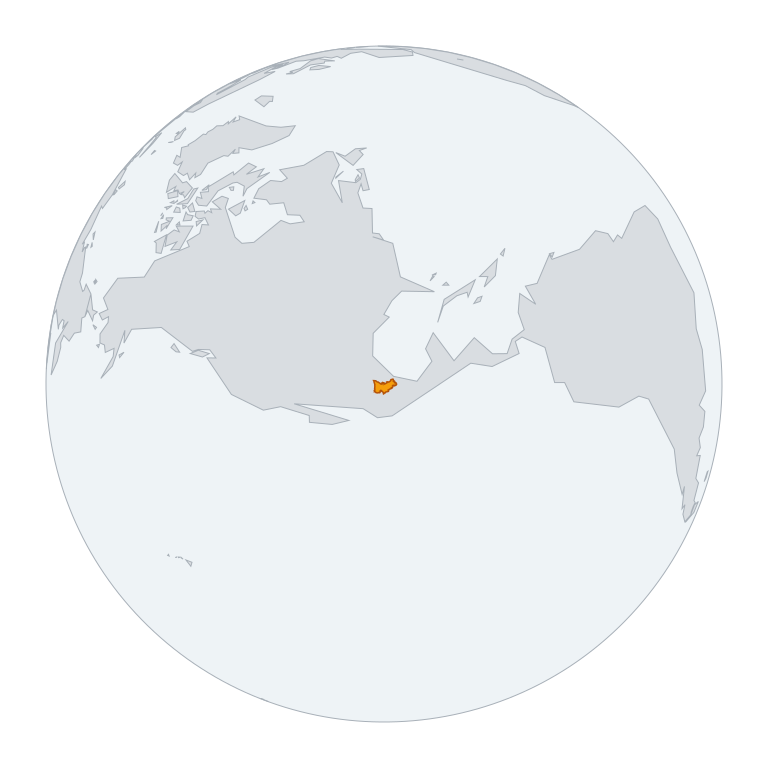 San Luis Potosí highlighted on a globe, orthographic projection, rotated 310°
{"feature_id": "MEX-2715", "entity_name": "San Luis Potosí", "entity_type": "State", "adm_level": 1, "iso_a3": "MEX", "parent_name": "Mexico", "parent_adm1": "", "projection": "orthographic", "projection_center": [-100.079, 22.87], "detail": "fine", "context": "on_globe", "style": "filled", "palette": "amber", "viewbox_px": 768, "rotation_deg": 310, "n_neighbors": 0, "source": "natural_earth", "source_scale": "10m", "svg_char_len": 12827}
<svg xmlns="http://www.w3.org/2000/svg" viewBox="0 0 768 768"><g transform="rotate(310 384 384)"><circle cx="384" cy="384" r="338" fill="#eef3f6" stroke="#a8b0b8"/><path d="M64.3,492.3L65.1,494.7L64.3,492.3ZM508.7,459.5L501.0,457.2L494.2,467.9L466.9,455.6L455.7,437.1L364.8,410.7L354.0,400.7L351.7,383.9L311.1,327.9L333.5,380.5L319.7,370.3L306.7,351.5L311.8,347.0L300.2,319.4L286.4,308.4L277.9,273.8L290.2,231.6L295.9,238.5L298.2,228.5L291.1,219.5L285.9,216.3L284.2,177.1L263.7,155.5L248.2,158.5L258.6,151.0L223.1,164.4L206.2,163.5L230.9,158.9L237.8,154.3L229.0,150.2L234.2,144.8L232.9,140.0L239.8,134.3L253.7,133.1L258.5,129.7L252.0,127.1L254.9,120.5L263.6,124.6L269.6,113.8L293.9,112.1L311.8,131.6L330.9,129.2L364.1,146.5L366.7,141.3L380.9,146.0L389.2,142.1L393.0,147.3L396.3,139.9L391.2,135.9L391.0,131.5L395.4,129.2L401.0,135.1L399.7,137.1L403.6,137.7L404.5,141.9L406.6,138.5L412.9,146.6L413.2,135.4L423.7,139.2L426.1,145.5L417.2,149.0L400.7,175.5L400.4,184.7L408.9,193.3L443.1,199.9L446.3,209.1L457.0,218.6L459.2,211.1L451.6,201.2L458.4,190.7L448.3,180.9L449.6,175.6L442.7,164.9L453.1,162.5L467.0,166.3L473.2,175.4L479.5,177.7L481.1,166.4L500.0,182.0L525.2,190.6L529.1,195.7L523.0,208.9L503.9,214.6L496.0,235.6L510.6,218.4L520.1,233.0L525.6,234.3L530.6,232.0L530.8,225.3L536.0,230.0L523.5,247.7L518.6,243.7L522.6,237.8L513.6,241.1L505.3,254.8L510.7,262.0L492.3,278.1L496.0,283.8L494.0,291.1L489.5,280.7L497.4,300.3L476.6,327.7L487.1,363.3L466.5,337.8L452.9,336.5L437.2,339.2L438.6,345.0L415.9,343.1L398.2,357.3L396.0,386.4L407.3,407.5L432.2,406.1L437.7,393.2L454.9,388.7L446.8,422.7L477.5,423.4L476.9,447.7L486.4,458.8L500.7,453.3L515.8,456.5L525.1,440.8L540.6,429.8L542.6,449.0L549.8,429.4L559.5,436.6L589.3,427.5L587.5,432.6L612.9,447.2L637.4,447.5L643.1,458.8L640.5,468.3L648.3,467.1L648.4,472.5L676.6,465.0L688.5,469.2L686.4,487.6L673.0,515.6L653.1,562.8L627.0,587.7L615.0,605.6L585.5,634.8L570.4,639.1L569.3,647.4L556.4,656.3L545.1,660.1L538.6,667.2L530.0,669.7L532.5,672.2L512.1,683.6L510.4,688.5L494.0,696.3L493.2,698.6L489.3,699.5L483.6,701.5L480.9,703.1L471.8,703.0L476.4,696.7L485.0,692.1L480.0,692.5L498.7,680.0L491.0,683.4L504.1,665.7L520.7,648.2L542.6,596.4L538.5,587.0L517.3,578.8L492.4,540.9L501.2,521.5L494.8,513.8L515.5,483.8L508.7,459.5ZM120.2,353.2L121.9,345.4L124.0,351.5L120.2,353.2ZM120.8,340.0L120.7,342.7L120.4,340.3L120.8,340.0ZM119.3,337.7L120.4,339.3L118.9,338.2L119.3,337.7ZM116.9,335.6L118.3,336.4L118.0,336.6L116.9,335.6ZM487.5,375.7L522.5,386.9L504.7,392.5L507.7,388.7L498.4,383.1L481.8,379.3L465.7,385.5L487.5,375.7ZM114.1,330.0L113.6,328.4L115.0,328.4L114.1,330.0ZM498.5,353.4L492.6,353.0L498.1,351.9L498.5,353.4ZM282.8,216.0L290.5,220.1L295.0,230.6L288.0,227.6L282.8,216.0ZM275.0,197.4L280.0,197.2L277.0,207.0L275.0,204.0L275.0,197.4ZM235.9,162.4L241.2,164.4L234.3,164.5L235.9,162.4ZM231.5,140.5L228.4,141.8L229.0,138.9L231.5,140.5ZM437.5,167.1L440.1,166.0L440.0,168.5L437.5,167.1ZM432.1,163.6L430.2,167.3L427.3,166.3L428.5,164.0L432.1,163.6ZM240.2,127.6L242.3,122.9L242.6,127.4L240.2,127.6ZM435.1,159.4L422.5,164.1L417.5,162.3L418.0,152.5L435.1,159.4ZM245.1,120.1L249.9,109.8L243.3,111.6L264.6,101.6L253.5,113.1L254.9,118.1L250.1,117.3L245.1,120.1ZM387.7,135.7L393.3,139.8L384.6,138.8L387.7,135.7ZM382.2,136.2L355.7,141.0L349.6,134.5L359.7,133.9L348.6,127.8L358.7,122.2L367.1,124.2L369.0,129.4L371.4,123.4L382.2,136.2ZM275.6,98.3L278.8,96.0L278.1,98.3L275.6,98.3ZM390.2,129.7L385.4,131.0L379.8,125.3L388.5,121.8L387.5,124.7L390.2,129.7ZM340.8,129.3L338.1,124.9L345.6,118.9L345.6,116.5L358.4,121.5L340.8,129.3ZM391.0,124.8L393.0,120.2L399.6,120.9L394.6,128.2L391.0,124.8ZM374.7,125.4L372.5,122.6L376.6,123.0L374.7,125.4ZM424.3,122.0L418.7,123.0L415.3,120.0L424.3,122.0ZM393.3,118.5L391.0,118.3L389.0,117.4L391.6,114.8L393.3,118.5ZM362.8,117.3L366.4,116.0L357.9,114.9L363.1,110.9L370.8,115.1L369.7,111.6L371.3,110.5L375.7,115.4L362.8,117.3ZM388.4,109.6L399.9,114.5L411.1,112.9L414.4,115.4L395.8,117.5L388.4,109.6ZM380.5,112.4L386.1,111.1L387.4,114.5L384.4,117.6L380.5,112.4ZM363.9,106.8L353.9,111.8L352.6,110.8L363.9,106.8ZM391.4,108.3L388.5,107.3L392.0,107.8L391.4,108.3ZM372.1,106.4L368.7,108.1L367.3,106.9L372.1,106.4ZM385.6,103.8L389.3,105.3L387.4,107.2L385.6,103.8ZM379.2,104.4L378.1,102.3L384.5,107.1L378.0,105.4L379.2,104.4ZM371.3,104.9L369.3,104.8L372.9,104.4L371.3,104.9ZM390.9,96.0L399.4,101.6L395.1,105.7L387.4,99.6L390.9,96.0ZM484.9,703.9L471.6,703.8L480.0,703.5L491.0,699.5L496.1,700.3L484.9,703.9ZM515.0,692.0L524.7,688.0L525.5,688.2L519.0,691.1L515.0,692.0ZM601.6,125.4L600.7,124.9L608.0,131.0L608.5,131.5L615.4,137.8L612.5,135.8L624.3,149.5L652.4,183.5L656.6,192.5L654.3,195.0L631.0,170.4L624.2,153.3L615.9,145.9L606.1,141.9L604.8,137.5L600.0,134.3L596.3,128.4L580.2,114.9L574.8,109.2L557.9,99.8L552.8,96.0L564.3,102.4L569.4,104.4L554.7,92.9L548.7,89.4L538.9,84.5L536.1,82.6L528.5,79.5L514.8,72.8L525.1,79.0L513.8,75.1L499.8,69.5L497.9,69.7L520.7,79.0L528.1,82.0L531.6,82.5L553.4,93.5L560.8,98.6L544.9,92.5L553.5,99.7L537.3,93.1L485.7,69.6L469.6,63.1L465.3,57.2L475.1,59.6L481.6,62.5L485.4,62.1L480.4,60.9L478.1,59.9L466.7,57.1L464.5,56.3L457.4,55.6L453.4,54.3L458.0,54.8L437.8,51.1L426.7,49.1L423.2,48.8L422.6,49.0L408.9,47.1L407.0,47.0L410.7,47.5L409.1,48.0L401.1,48.5L396.8,47.7L399.1,47.4L397.5,46.5L402.4,46.6L426.5,48.8L450.4,52.7L474.0,58.3L497.1,65.6L519.6,74.5L541.4,85.0L562.4,97.0L582.5,110.5L601.6,125.4ZM398.2,46.4L394.9,46.3L396.8,47.3L393.1,47.9L390.8,47.0L391.4,47.3L388.2,47.5L381.1,47.2L383.0,48.3L354.2,54.3L337.5,55.5L338.7,53.3L314.0,60.1L297.1,63.0L300.6,63.1L291.1,67.9L296.3,66.9L297.2,67.4L275.2,81.7L266.8,85.3L261.2,93.6L263.0,94.0L269.0,91.7L264.6,101.6L243.3,111.6L240.3,110.1L229.0,118.2L223.9,114.1L214.4,115.2L215.4,107.4L207.8,109.8L204.3,112.8L191.3,119.1L176.9,123.2L204.3,106.1L228.9,101.9L220.3,101.9L226.9,98.2L226.7,96.2L220.2,97.1L216.5,99.4L230.1,85.6L223.8,86.5L212.8,93.1L202.2,99.4L195.0,103.9L215.2,91.2L236.3,80.1L258.1,70.4L280.6,62.3L303.5,55.8L326.9,50.9L350.5,47.7L374.3,46.2L398.2,46.4ZM720.7,355.3L719.4,350.5L708.0,321.5L703.4,300.4L695.3,282.6L657.5,194.3L657.6,189.9L638.9,162.1L653.8,180.5L667.4,199.9L679.6,220.2L690.3,241.4L699.6,263.2L707.3,285.6L713.4,308.5L717.9,331.7L720.7,355.3ZM679.9,231.0L683.2,236.6L679.9,231.0ZM590.2,427.0L594.0,429.6L589.4,431.2L590.2,427.0ZM503.4,401.1L510.2,400.3L514.2,402.7L509.1,404.6L503.4,401.1ZM558.4,389.6L565.7,389.4L558.6,393.0L558.4,389.6ZM527.7,388.1L552.6,390.4L538.6,399.7L522.7,398.4L533.0,394.5L527.7,388.1ZM497.5,365.5L502.0,366.2L501.4,370.1L497.5,365.5ZM502.5,352.7L500.9,353.3L498.2,350.7L502.5,352.7ZM520.8,231.9L522.0,230.6L527.6,229.6L526.0,232.9L520.8,231.9ZM545.8,210.9L553.7,219.0L547.0,215.0L546.4,220.5L531.6,219.8L530.3,198.3L533.5,207.8L545.8,210.9ZM511.5,214.1L521.0,216.1L510.7,214.8L511.5,214.1ZM577.0,125.3L579.4,124.5L586.1,129.3L592.9,139.1L583.2,132.0L577.0,125.3ZM581.2,122.6L563.5,115.2L558.5,109.7L564.3,113.9L562.8,111.0L571.7,117.0L584.3,120.0L591.1,124.6L599.9,138.6L593.3,131.1L591.4,131.9L581.2,122.6ZM527.0,114.7L519.2,113.8L518.6,102.6L525.9,104.9L533.1,114.1L528.7,116.9L527.0,114.7ZM438.5,142.2L435.6,144.2L434.0,142.3L435.2,139.1L438.5,142.2ZM422.0,122.7L449.6,132.1L447.7,134.6L466.2,138.2L468.3,146.6L456.2,143.8L471.7,153.6L461.6,154.4L472.7,160.5L445.6,153.4L437.2,155.3L445.8,149.8L444.1,141.8L440.8,139.0L425.3,132.7L406.4,133.8L401.7,127.0L403.4,121.9L407.2,120.5L409.1,125.2L412.8,120.1L418.5,125.9L422.0,122.7ZM426.0,78.3L426.6,82.1L435.1,77.0L440.8,81.1L441.4,80.2L449.0,82.9L459.3,85.0L460.6,87.2L464.0,87.1L469.1,89.2L474.3,90.0L478.4,94.6L485.0,96.1L483.2,97.5L493.6,99.0L487.7,100.0L493.7,103.5L496.2,100.7L505.9,127.8L514.4,140.0L524.8,150.0L513.3,151.6L496.3,143.7L478.4,132.3L471.8,121.0L467.8,124.3L463.5,120.0L468.4,119.2L458.2,118.1L456.0,114.5L440.0,107.1L426.6,108.8L420.5,106.5L424.6,104.2L415.5,103.7L419.1,97.9L414.8,96.4L414.0,89.6L424.4,86.7L418.8,85.3L417.9,80.7L426.0,78.3ZM391.0,94.1L402.2,88.6L410.8,88.5L408.6,100.4L412.1,102.6L411.0,111.2L398.5,111.5L400.0,108.9L398.5,106.5L403.0,107.3L398.3,104.9L400.2,101.5L397.0,98.8L401.5,97.6L391.0,94.1ZM626.4,148.9L623.9,146.2L630.5,152.9L632.4,155.0L626.4,148.9ZM617.0,139.6L623.3,145.6L621.0,143.6L617.0,139.6ZM561.4,100.1L558.1,97.6L560.0,98.4L564.4,101.0L561.4,100.1ZM452.6,67.2L451.5,68.6L449.2,68.1L440.8,69.4L436.0,67.0L439.1,65.2L452.6,67.2ZM445.9,64.7L443.0,65.4L442.4,63.8L445.9,64.7ZM432.0,65.4L430.3,63.5L434.4,66.9L432.0,65.4ZM400.4,51.0L417.4,51.2L426.4,51.1L426.5,50.0L433.7,52.2L419.8,52.3L400.4,51.0ZM360.4,53.6L360.4,55.5L355.6,55.5L354.9,55.0L360.4,53.6ZM363.8,54.2L372.9,55.4L369.8,57.1L363.2,55.7L363.8,54.2ZM410.0,58.1L415.4,58.1L415.7,59.3L410.0,58.1ZM64.7,494.7L64.5,493.9L66.5,499.7L66.0,498.3L64.7,494.7ZM65.1,494.7L63.9,492.1L64.3,492.3L65.1,494.7ZM184.9,111.0L206.1,97.2L209.0,95.9L183.4,112.3L187.2,109.4L182.6,112.6L178.3,115.9L184.9,111.0ZM275.8,95.9L278.5,96.0L274.8,97.5L275.8,95.9ZM300.3,66.8L300.9,67.9L296.5,69.1L300.3,66.8ZM300.3,71.6L304.9,69.4L301.9,72.0L300.3,71.6ZM314.7,64.9L307.5,68.7L311.9,64.7L314.7,64.9Z" fill="#d9dde1" stroke="#a8b0b8" stroke-width="1"/><path d="M380.0,374.0L380.4,374.5L380.7,375.0L380.9,375.3L381.0,375.4L381.1,375.5L381.2,375.9L381.2,376.2L381.2,376.9L381.2,377.2L381.2,377.5L381.3,377.7L381.5,378.0L381.8,378.4L381.8,378.6L381.8,378.8L381.8,379.1L381.8,379.3L381.8,379.5L381.9,380.0L382.0,380.2L382.0,380.3L381.9,380.6L381.9,380.8L382.0,381.0L382.0,381.4L382.0,381.6L382.0,381.9L382.1,382.0L382.3,382.0L382.6,382.1L382.7,381.7L383.4,381.7L383.8,381.8L384.1,381.8L384.1,382.0L384.0,382.3L383.9,382.5L384.2,382.3L384.3,382.2L384.4,382.3L384.4,382.5L384.5,382.7L384.6,382.8L384.8,383.0L384.9,383.3L384.9,383.5L384.7,383.7L384.4,383.8L384.2,383.9L384.2,384.0L384.3,384.2L384.4,384.3L384.4,384.5L384.5,384.5L384.8,384.6L385.0,384.8L385.4,384.9L386.3,385.3L386.9,385.5L387.0,385.5L387.0,385.4L387.0,385.2L386.9,385.0L386.9,384.9L387.0,384.8L387.2,385.0L387.3,385.2L387.4,385.3L387.5,385.4L387.8,385.1L388.0,385.4L388.2,385.7L388.2,385.9L388.4,386.2L388.4,386.3L388.5,386.4L388.6,386.5L388.8,386.5L389.2,386.6L389.3,386.6L389.6,386.7L390.0,386.9L390.7,387.0L390.8,387.0L391.0,386.9L391.2,386.7L391.5,386.7L391.8,386.5L392.0,386.6L392.2,386.8L392.5,387.0L393.0,387.3L393.3,387.5L393.5,387.8L393.4,387.9L393.4,388.2L393.3,388.4L393.0,388.8L392.9,389.2L392.7,389.2L392.4,389.2L392.2,389.2L392.2,389.4L392.3,389.4L392.5,389.3L392.4,389.4L392.4,389.5L392.3,389.8L392.5,390.0L392.7,389.9L392.7,390.0L392.8,390.2L392.9,390.3L392.8,390.5L392.7,390.5L392.4,390.7L392.3,390.8L392.1,390.9L391.9,391.1L392.0,391.2L392.0,391.3L391.9,391.4L391.9,391.5L392.0,391.6L392.4,391.8L392.5,391.9L392.5,392.0L392.6,392.5L392.3,392.7L392.2,392.8L392.2,393.3L392.2,393.5L392.0,393.8L391.9,393.8L391.6,393.7L391.5,393.8L391.4,393.8L391.1,393.9L391.0,394.0L390.9,394.0L390.7,393.9L390.5,393.7L390.4,393.7L390.3,393.4L390.1,393.2L390.0,393.3L389.8,393.3L389.7,393.4L389.4,393.3L389.4,392.8L389.3,392.7L389.1,392.2L389.0,391.9L388.8,391.2L388.8,391.3L388.7,391.4L388.6,391.5L388.5,391.8L388.4,391.9L388.2,391.8L388.1,392.1L387.9,392.4L387.8,392.5L387.6,392.5L387.4,392.5L387.2,392.6L386.9,392.6L386.7,392.7L386.5,392.4L386.4,392.4L386.3,392.2L386.2,392.1L385.8,392.0L385.7,392.2L385.7,392.4L385.6,392.6L385.4,392.5L385.3,392.4L385.1,392.3L384.9,392.3L384.7,392.3L384.4,392.1L384.2,391.9L384.0,391.7L383.6,391.6L383.1,391.5L383.0,391.4L382.9,391.3L382.7,391.3L382.5,391.2L382.3,391.1L382.2,391.0L381.9,391.2L381.9,391.3L381.8,391.5L381.7,391.9L381.7,392.0L381.4,392.1L381.2,392.1L380.9,392.0L380.8,391.9L380.5,391.7L379.8,391.1L379.5,390.9L379.3,390.7L379.2,390.6L378.8,390.5L378.6,390.5L378.3,390.5L378.1,390.5L377.9,390.6L377.7,390.5L377.5,390.4L377.4,390.3L377.4,390.2L377.3,389.9L377.2,389.8L376.9,389.9L376.7,390.1L376.3,390.1L376.1,390.0L377.0,388.8L377.1,388.7L377.1,387.8L377.1,387.6L377.0,387.2L376.9,387.0L376.9,386.8L376.9,386.7L377.0,386.6L377.3,386.5L377.4,386.4L377.2,385.9L377.1,385.6L376.9,385.5L376.7,385.5L376.2,385.5L375.8,385.6L375.7,385.8L375.7,386.0L375.4,386.2L375.2,386.2L375.1,386.3L374.8,386.4L374.7,386.4L374.4,386.2L374.2,385.9L374.0,385.5L373.8,385.2L373.6,385.1L373.4,385.1L372.9,384.6L372.7,384.4L372.6,384.1L372.5,383.8L372.3,383.5L372.3,383.4L372.2,383.2L372.3,382.8L372.4,382.7L372.3,382.4L372.3,382.1L372.2,382.0L372.2,381.9L372.0,381.7L372.3,381.6L372.4,381.4L372.4,381.2L372.5,380.9L372.8,380.7L372.9,380.8L372.9,381.0L373.0,381.1L373.3,381.0L373.4,380.9L373.6,380.8L373.8,380.7L374.1,380.3L374.2,380.1L374.4,379.9L374.5,379.7L374.8,379.6L375.0,379.6L375.2,379.4L375.3,379.2L375.7,378.9L376.1,378.6L376.4,378.5L376.6,378.3L376.8,378.1L377.0,377.8L377.2,377.6L377.3,377.5L377.5,377.4L377.8,377.3L377.9,377.2L378.1,376.7L378.4,376.2L378.7,375.8L379.0,375.3L379.1,375.1L379.2,374.9L379.4,374.8L379.8,374.6L379.9,374.4L380.0,374.0Z" fill="#f59e0b" stroke="#b45309" stroke-width="1.5"/></g></svg>